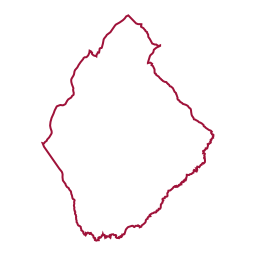 El Rosal, Cundinamarca, Colombia (Albers equal-area conic projection)
{"feature_id": "7082276B35688334029965", "entity_name": "El Rosal", "entity_type": "district", "adm_level": 2, "iso_a3": "COL", "parent_name": "Colombia", "parent_adm1": "Cundinamarca", "projection": "albers", "projection_center": [-74.228, 4.884], "detail": "fine", "context": "isolated", "style": "outline", "palette": "rose", "viewbox_px": 256, "rotation_deg": 0, "n_neighbors": 0, "source": "geoboundaries", "source_scale": "gbopen_adm2", "svg_char_len": 5841}
<svg xmlns="http://www.w3.org/2000/svg" viewBox="0 0 256 256"><path d="M186.7,176.8L186.8,174.8L189.1,175.0L190.1,174.2L191.5,174.0L192.6,172.9L193.4,172.7L193.8,171.2L193.7,170.4L194.1,169.9L194.4,170.0L194.7,170.9L195.7,170.4L196.0,171.3L196.6,171.5L196.8,171.1L196.5,170.4L197.2,170.0L197.2,169.7L196.5,169.2L196.3,168.7L196.8,168.9L197.0,168.7L197.0,167.8L197.6,167.3L197.2,166.8L197.3,166.6L198.7,166.9L199.3,167.2L200.6,165.1L200.8,164.9L201.6,164.8L201.9,163.9L202.6,163.1L203.0,163.0L203.6,163.5L204.8,162.3L205.0,161.0L204.8,158.4L204.2,158.3L204.1,157.7L204.6,157.3L204.7,156.7L204.2,155.8L204.5,155.4L204.6,154.6L204.9,153.9L204.5,153.4L203.2,153.3L203.7,151.8L203.1,151.3L203.1,151.0L203.4,150.8L204.1,150.7L204.7,150.4L204.8,149.9L205.5,149.4L205.7,148.3L206.1,148.3L206.4,148.7L207.2,148.4L208.0,145.6L207.7,144.1L208.6,143.7L208.8,143.9L209.3,143.8L209.6,143.3L210.3,143.0L210.8,142.5L210.8,142.0L210.3,141.4L210.9,140.7L210.7,140.0L211.6,139.6L211.6,138.8L212.0,138.4L213.1,137.8L212.9,137.2L213.2,136.7L212.9,136.2L213.4,135.8L213.4,134.8L213.0,134.5L212.0,134.3L211.6,133.3L211.1,132.9L211.2,132.3L211.8,131.7L211.3,131.1L210.7,130.6L209.0,130.0L205.6,127.7L204.9,126.8L204.0,126.4L203.7,126.1L203.6,125.1L202.0,123.6L200.5,122.7L199.0,122.2L197.6,120.9L196.2,120.3L195.5,119.7L193.9,119.3L193.5,117.9L192.1,115.9L191.6,114.7L191.2,112.3L191.0,110.1L190.5,108.7L189.0,107.6L187.7,105.8L185.8,104.8L182.7,103.8L182.3,103.1L181.1,102.5L180.3,101.7L179.7,101.6L179.2,100.4L177.8,99.6L177.4,98.6L177.6,97.9L176.3,94.0L176.0,93.8L175.9,92.9L174.6,91.8L172.9,88.2L171.1,86.6L169.8,86.2L169.0,84.7L168.0,84.1L167.9,83.7L167.1,83.2L166.4,82.1L164.6,81.8L162.8,80.9L162.2,80.1L161.6,79.9L160.8,78.8L160.1,78.4L158.7,76.6L156.2,74.9L155.8,73.7L154.9,73.4L154.6,72.7L154.5,69.3L152.9,66.0L151.5,65.1L152.1,63.8L150.6,62.7L148.8,62.8L147.9,63.1L147.9,62.7L149.9,56.1L150.6,55.0L152.5,53.4L153.3,52.2L153.9,49.7L156.5,47.6L160.1,45.9L160.1,45.4L158.9,45.9L158.2,45.9L156.2,44.5L154.7,44.5L152.2,43.5L149.9,39.1L148.3,36.9L148.1,34.4L147.2,33.2L147.1,32.1L145.6,31.2L145.2,30.1L144.6,29.7L143.5,28.2L141.1,26.8L141.0,26.1L141.4,25.0L141.4,24.2L138.0,24.1L136.1,23.4L128.3,15.4L126.2,16.4L124.7,18.5L122.9,20.2L119.6,22.5L115.8,24.6L114.8,25.8L110.4,32.2L106.8,34.9L105.9,36.4L104.7,37.8L103.7,39.3L102.9,43.6L101.8,47.7L101.5,48.0L100.3,48.1L99.7,48.6L99.1,52.5L97.8,52.4L97.6,53.6L96.7,54.3L96.4,56.3L95.9,55.9L95.3,56.0L93.6,55.4L92.5,54.5L92.0,53.9L92.1,52.8L91.3,52.4L91.3,51.6L89.6,50.7L89.3,52.9L88.2,55.4L86.8,56.9L86.3,57.2L84.6,57.3L83.6,58.0L83.1,59.1L80.7,62.0L78.7,64.9L77.3,67.5L75.1,70.0L74.5,71.4L74.0,74.3L73.5,75.5L71.6,78.6L71.2,79.9L71.3,81.9L71.9,84.3L73.4,88.2L73.1,89.7L73.4,91.7L73.7,92.5L73.7,94.2L73.4,95.0L72.2,95.8L71.2,97.5L68.2,99.4L67.1,100.9L65.4,104.1L64.9,104.4L63.3,105.2L62.4,105.3L60.6,105.0L59.7,105.2L57.1,106.2L56.7,106.5L54.7,110.4L53.6,113.5L51.6,117.9L50.5,121.9L50.1,125.6L50.6,128.3L51.6,131.1L51.7,132.8L51.5,133.6L49.2,137.4L47.2,139.5L46.7,140.8L44.9,142.1L44.1,143.3L43.7,143.5L42.6,143.2L44.0,146.7L59.4,168.8L61.7,171.6L62.3,173.0L62.6,174.5L62.5,177.2L62.9,180.5L65.5,184.0L65.6,184.7L66.3,186.0L67.0,187.0L68.6,188.0L69.4,189.7L70.9,191.4L71.4,194.2L71.9,195.2L72.5,198.2L72.9,198.9L74.3,199.7L74.6,200.3L74.1,202.0L74.3,203.5L73.9,205.7L74.4,207.5L74.2,208.2L74.4,210.2L74.8,210.7L74.8,211.6L75.3,212.1L75.0,213.5L75.3,214.3L75.8,214.8L75.9,215.8L76.2,216.5L76.0,217.7L76.2,218.5L76.1,219.1L76.6,220.5L76.6,222.2L77.2,222.9L77.9,224.9L78.6,225.7L79.5,225.8L80.8,227.0L80.8,227.9L81.4,229.6L81.3,230.3L82.9,231.4L83.3,232.2L83.3,233.0L84.3,234.5L84.8,234.5L85.6,235.3L86.4,233.9L85.8,233.5L85.8,233.2L86.3,233.6L86.5,233.3L86.9,233.5L87.5,232.7L88.2,232.7L88.7,232.9L89.7,234.0L90.0,234.0L90.2,233.8L90.3,233.0L90.8,232.9L91.8,234.5L93.2,235.5L93.5,237.4L94.1,237.6L94.3,238.3L95.0,238.1L95.3,238.8L95.0,240.1L95.4,240.3L95.9,240.2L96.3,240.6L97.2,240.3L98.6,240.2L98.2,239.3L98.9,238.7L98.9,238.4L98.4,238.0L98.4,237.7L99.4,237.1L99.7,237.2L100.0,237.8L100.9,237.4L101.8,235.9L101.8,235.4L102.7,235.1L102.9,234.2L103.2,235.1L103.7,234.8L104.5,234.9L105.2,237.8L105.7,237.4L106.3,237.5L106.6,237.2L105.8,236.5L105.9,236.2L106.2,236.1L109.2,236.6L110.4,237.7L110.5,237.3L109.7,235.9L109.6,235.3L110.0,235.0L110.6,235.5L111.0,235.5L111.3,234.6L111.9,234.4L113.3,234.3L114.0,235.1L115.7,235.0L116.0,235.2L116.2,235.6L115.9,236.2L116.1,236.7L115.9,237.2L116.7,237.9L118.9,238.1L118.9,237.2L119.6,237.3L119.9,236.9L120.1,237.3L121.1,237.1L120.9,236.6L120.9,236.1L121.2,235.9L122.1,235.9L122.2,234.7L122.8,234.8L123.4,234.2L123.9,234.4L124.5,234.0L125.9,229.5L127.7,227.4L128.3,227.0L132.1,225.8L133.0,225.9L133.7,226.8L134.5,227.0L135.4,225.9L136.9,225.9L138.0,225.3L138.3,225.5L138.3,226.0L139.1,226.0L139.2,226.4L139.9,226.5L139.9,227.2L141.3,226.7L141.6,225.7L142.0,225.2L143.6,224.1L145.3,222.5L145.7,221.6L145.8,220.2L146.6,219.2L147.7,218.7L147.7,217.6L148.0,217.2L149.1,216.5L150.4,216.2L150.2,215.7L149.5,215.4L149.7,214.9L151.8,213.5L153.5,213.0L154.3,212.3L155.5,212.5L156.1,212.3L156.2,211.8L156.7,211.5L156.6,210.6L156.9,210.4L157.9,210.5L158.4,210.2L158.7,208.8L159.7,208.9L160.2,208.7L160.7,207.6L160.9,204.4L161.6,203.7L161.9,203.1L162.5,202.7L162.6,201.5L163.3,200.6L162.5,199.7L162.5,199.0L163.1,198.5L164.7,198.2L164.8,197.2L165.1,196.8L166.4,196.7L167.3,196.3L167.5,195.6L167.3,193.3L168.2,191.9L168.4,190.7L170.3,190.4L172.7,188.3L173.7,186.9L174.6,186.8L174.8,186.2L176.2,185.9L176.1,186.9L177.6,186.8L177.9,186.4L177.6,186.2L178.8,185.8L179.0,185.0L179.8,185.1L180.4,184.5L180.5,183.6L180.7,183.4L181.0,184.4L181.4,184.4L181.6,182.5L182.1,181.8L182.6,181.6L183.2,182.1L183.6,182.0L183.9,181.6L183.9,180.4L184.3,180.1L184.7,180.2L185.0,180.6L185.6,180.5L185.9,179.9L185.5,179.1L186.2,178.7L186.1,178.0L186.7,176.8Z" fill="none" stroke="#9f1239" stroke-width="2"/></svg>